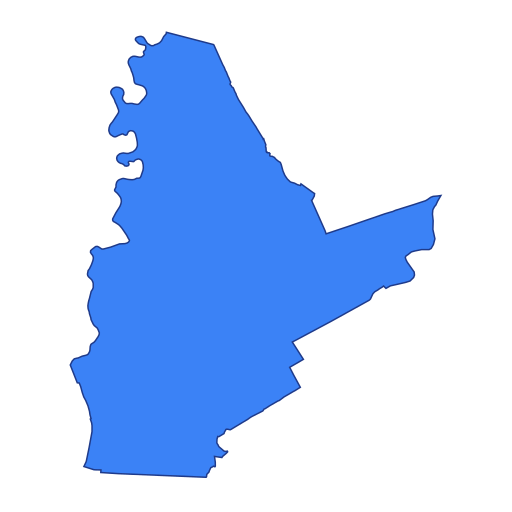 Gorgota, Prahova, Romania (Mercator projection), rotated 271°
{"feature_id": "2599482B64281758145187", "entity_name": "Gorgota", "entity_type": "district", "adm_level": 2, "iso_a3": "ROU", "parent_name": "Romania", "parent_adm1": "Prahova", "projection": "mercator", "projection_center": [26.09, 44.773], "detail": "fine", "context": "isolated", "style": "filled", "palette": "blue", "viewbox_px": 512, "rotation_deg": 271, "n_neighbors": 0, "source": "geoboundaries", "source_scale": "gbopen_adm2", "svg_char_len": 6032}
<svg xmlns="http://www.w3.org/2000/svg" viewBox="0 0 512 512"><g transform="rotate(271 256 256)"><path d="M478.1,162.5L476.6,162.3L473.8,159.9L469.6,157.8L467.5,155.9L466.2,153.5L465.4,151.1L464.6,149.9L464.4,148.3L464.7,147.0L465.5,145.8L466.2,144.5L467.1,143.4L471.7,140.5L472.8,139.5L473.5,137.8L473.6,136.4L473.3,135.0L472.7,133.2L471.8,132.0L470.8,131.6L470.0,131.7L469.3,132.1L467.4,133.9L466.4,135.0L466.0,135.8L465.6,137.1L464.7,141.6L463.8,142.1L462.8,142.2L460.6,141.9L459.9,141.5L458.5,140.0L457.8,139.9L455.5,140.7L454.8,140.3L453.8,139.3L453.0,138.1L452.8,137.2L452.8,135.6L453.5,132.1L453.6,130.7L453.5,129.4L452.4,127.3L450.7,125.7L448.5,124.9L446.8,124.9L444.8,125.6L441.1,127.5L438.8,128.2L437.2,129.0L434.2,130.0L432.1,130.6L429.2,131.0L427.3,131.5L426.1,132.5L425.6,134.0L425.1,136.1L424.1,139.5L423.3,140.8L421.7,142.4L419.6,143.4L417.0,143.9L416.0,143.8L414.9,143.5L411.6,141.3L410.1,139.8L406.8,137.1L405.7,135.8L405.5,134.4L405.9,131.5L406.4,129.4L406.4,127.7L406.1,125.4L406.2,123.8L406.7,122.7L409.3,120.5L410.7,119.8L412.2,119.8L413.6,120.1L415.2,120.9L417.3,121.0L418.9,120.5L420.4,119.6L421.3,118.1L422.1,116.3L422.3,115.0L422.4,113.3L422.1,112.0L421.2,110.3L420.2,109.2L418.9,108.4L417.9,108.0L416.9,108.0L415.7,108.3L410.1,111.6L407.3,112.6L404.8,113.9L399.6,116.0L398.1,116.2L396.8,115.9L394.9,114.8L387.5,110.1L386.1,108.9L384.3,107.7L381.7,106.9L379.9,106.7L378.6,106.7L376.2,107.5L374.9,108.4L373.2,111.0L372.7,112.1L372.7,113.2L373.1,114.5L373.8,115.7L374.9,118.1L375.7,120.1L375.7,120.9L375.1,121.7L374.5,123.3L374.8,124.6L375.2,124.9L377.2,125.8L378.2,126.4L378.7,127.3L379.1,128.2L379.0,129.8L378.5,131.4L377.3,132.5L376.1,133.3L371.8,134.5L367.7,135.3L364.7,135.5L363.5,135.3L361.8,134.6L360.4,133.8L359.1,132.4L358.0,131.1L356.3,126.5L356.3,124.8L356.7,121.5L356.3,119.6L355.7,117.8L354.0,115.9L353.4,115.5L352.2,115.1L351.0,115.0L349.2,115.5L347.9,116.5L347.0,117.6L346.3,119.0L346.0,120.4L345.4,121.6L344.8,122.4L343.9,123.1L343.7,124.1L343.6,125.2L344.1,126.7L345.0,127.4L345.8,127.4L346.8,126.8L347.6,126.7L348.3,127.2L348.6,128.3L348.2,131.7L348.4,132.3L349.1,132.8L350.0,133.8L350.7,135.6L351.0,137.0L350.6,138.3L350.1,139.3L349.4,140.1L348.3,140.8L345.2,141.6L342.2,141.8L339.7,141.5L338.5,141.1L333.8,139.6L332.4,138.9L331.8,138.0L331.6,135.2L331.0,134.2L330.4,132.9L330.1,130.8L330.2,128.5L330.4,126.4L331.2,122.4L331.1,121.0L330.0,118.1L329.4,117.1L328.6,116.3L327.3,115.4L324.8,114.8L322.5,114.8L319.8,113.5L319.1,113.5L318.3,113.9L316.5,116.0L315.0,117.4L312.8,119.1L311.5,119.8L310.1,120.2L308.1,120.4L306.2,120.1L303.8,119.3L302.6,118.7L296.7,115.1L290.7,112.1L289.6,112.0L288.7,112.3L288.0,112.9L287.2,114.5L285.1,117.9L284.0,119.2L281.4,121.5L274.6,126.3L271.1,128.2L270.0,129.0L269.4,129.2L268.5,128.9L267.6,128.2L266.7,126.8L266.1,124.8L265.7,119.3L262.3,110.4L260.3,103.2L260.3,101.7L262.3,98.5L262.8,97.3L262.8,96.4L262.6,95.4L259.6,91.7L258.5,90.6L256.9,90.4L255.5,91.2L253.8,92.6L252.7,93.1L251.4,93.4L250.1,93.3L248.2,92.9L244.4,91.6L240.3,89.7L238.5,88.4L235.0,87.8L233.5,88.1L232.3,88.9L229.3,92.2L227.4,93.2L225.9,93.7L221.7,93.8L220.1,93.3L217.6,91.8L210.6,90.2L208.5,89.6L206.0,89.1L203.4,88.8L200.9,89.0L199.3,89.4L197.3,90.2L195.4,90.5L191.3,91.9L189.5,92.2L185.1,94.4L183.6,95.5L181.2,98.5L179.6,99.4L176.4,100.7L174.7,100.5L172.7,99.6L168.4,96.8L166.9,95.5L165.1,92.8L164.3,92.3L162.5,91.8L158.8,91.6L157.1,91.1L155.0,89.9L154.3,89.0L153.8,87.7L152.8,83.9L151.0,80.1L150.6,78.2L150.0,76.1L147.8,74.1L143.8,72.2L126.1,79.5L125.9,81.5L125.2,81.8L122.3,83.0L116.4,84.7L112.0,86.3L108.7,88.2L103.3,90.6L97.9,92.2L94.3,92.8L90.5,93.9L90.1,93.2L86.2,94.6L83.5,95.0L77.5,95.1L61.7,92.5L47.8,89.9L46.7,89.5L42.5,87.6L39.5,97.6L39.4,99.7L39.4,104.7L36.8,104.6L36.7,106.9L36.0,121.9L33.9,210.0L34.4,210.4L36.8,210.6L39.1,212.7L40.7,213.2L43.6,214.5L44.5,216.4L45.1,217.0L45.0,217.6L44.6,218.3L44.6,218.7L44.9,218.9L45.3,219.0L49.1,218.9L54.9,218.0L53.9,225.4L55.1,226.2L58.1,229.6L59.6,231.0L60.1,231.0L60.4,230.8L60.1,229.0L60.3,227.8L60.6,227.2L64.2,222.8L65.0,222.0L66.4,221.4L67.8,220.4L68.7,220.1L72.2,220.2L74.9,220.9L74.7,221.8L74.9,222.3L77.9,227.1L79.8,227.7L81.1,228.6L81.7,228.7L82.3,229.3L82.3,230.7L81.8,233.2L82.3,234.2L85.2,238.8L92.9,251.1L93.9,252.3L95.3,254.4L101.2,265.5L102.2,266.2L102.9,266.5L103.3,267.2L103.5,267.8L106.6,272.4L111.4,280.4L111.7,281.3L112.0,281.9L115.6,286.5L121.0,295.4L122.1,297.4L125.5,302.6L137.5,295.8L145.3,291.6L153.5,305.2L170.6,293.8L191.7,331.7L213.8,370.0L215.0,371.2L220.2,373.5L221.8,374.9L222.4,375.5L224.1,378.3L225.6,380.3L227.0,382.6L228.2,384.1L225.9,386.5L228.5,390.9L229.7,395.9L232.2,406.0L233.7,410.5L237.3,414.0L239.7,414.8L242.8,414.4L252.5,407.3L255.4,405.8L257.3,405.3L258.7,406.0L260.0,407.9L262.8,411.3L263.8,414.7L265.3,421.5L265.4,428.9L266.6,431.0L270.6,433.2L276.3,434.6L285.6,432.4L294.3,432.5L301.0,431.7L305.3,432.0L308.5,433.6L310.0,434.9L314.1,436.7L319.7,439.8L319.2,436.8L318.7,432.0L317.7,429.6L315.4,426.5L314.2,424.5L310.1,412.7L304.1,394.6L302.8,391.8L302.3,390.0L300.4,384.0L287.2,347.8L279.4,325.7L282.5,324.6L310.4,311.6L312.6,310.6L312.7,311.0L316.9,313.2L319.5,313.5L320.1,312.4L328.9,299.7L327.3,299.2L328.0,296.3L329.5,293.3L330.4,289.8L330.8,288.9L333.5,286.0L336.3,284.0L337.4,283.3L341.4,281.5L347.9,279.6L350.0,278.7L351.0,276.9L352.7,274.7L354.0,273.3L354.8,272.9L355.3,271.7L355.9,270.7L356.0,269.1L356.3,268.2L356.5,268.0L358.0,268.0L358.4,268.3L359.4,267.5L359.5,265.6L359.7,265.2L360.1,265.1L359.9,264.8L360.3,264.5L361.5,264.3L364.5,264.1L365.0,263.7L366.4,263.7L367.4,263.9L371.0,262.4L373.2,261.7L372.9,261.2L373.8,261.0L374.6,260.3L383.7,254.5L384.7,254.0L391.1,249.5L395.9,246.5L397.7,245.2L399.9,243.4L404.4,240.8L412.2,235.7L416.6,233.5L417.6,233.3L419.9,232.0L423.6,230.4L424.1,229.9L424.4,229.2L424.8,228.8L425.8,228.3L427.0,227.1L427.9,227.1L429.0,227.6L429.6,227.6L430.7,226.9L433.7,225.7L434.9,225.0L439.5,223.1L440.9,222.2L443.9,221.0L446.7,219.4L466.3,210.2L466.7,209.7L466.8,209.3L478.1,162.5Z" fill="#3b82f6" stroke="#1e3a8a" stroke-width="1.5"/></g></svg>